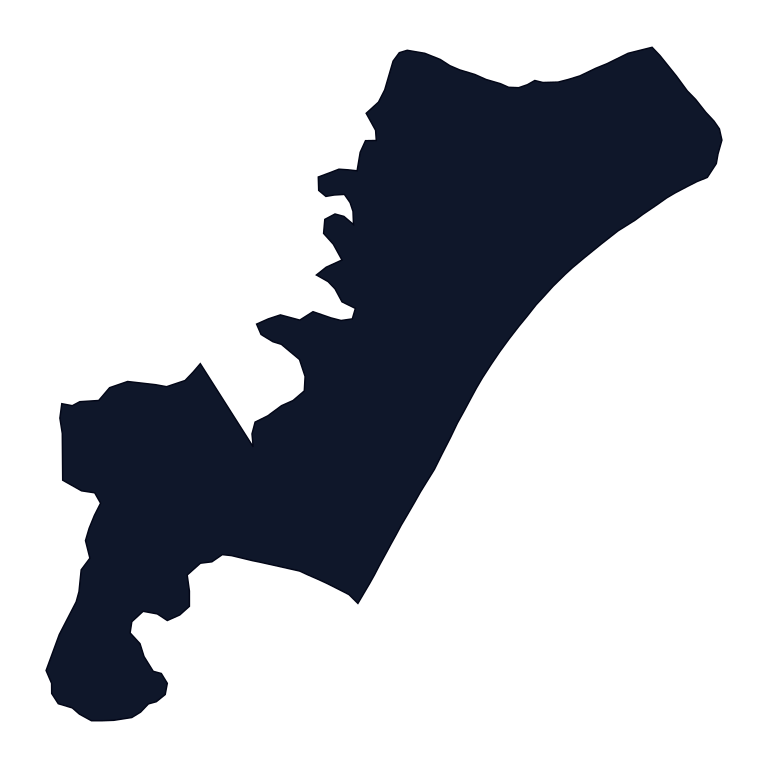 outline of Pontal do Paraná, Paraná, Brazil
{"feature_id": "56859067B46066648065560", "entity_name": "Pontal do Paraná", "entity_type": "district", "adm_level": 2, "iso_a3": "BRA", "parent_name": "Brazil", "parent_adm1": "Paraná", "projection": "robinson", "projection_center": [-48.483, -25.647], "detail": "fine", "context": "isolated", "style": "filled", "palette": "ink", "viewbox_px": 768, "rotation_deg": 0, "n_neighbors": 0, "source": "geoboundaries", "source_scale": "gbopen_adm2", "svg_char_len": 2361}
<svg xmlns="http://www.w3.org/2000/svg" viewBox="0 0 768 768"><path d="M357.9,603.4L369.8,583.2L374.6,574.6L379.9,564.4L385.6,554.0L390.9,544.2L396.2,534.6L401.2,525.2L406.3,516.6L415.0,501.6L420.4,492.0L426.2,482.6L434.4,469.4L442.0,454.1L450.4,437.7L457.4,423.1L463.6,411.9L471.0,398.1L476.3,388.3L482.4,377.9L491.2,364.3L499.6,351.9L509.4,338.5L519.0,326.1L526.9,316.5L536.1,304.8L543.7,296.6L552.9,286.4L565.1,274.4L572.3,267.8L584.5,257.6L601.0,244.2L618.1,230.8L635.3,220.0L642.8,214.4L657.8,204.2L666.5,198.0L675.3,192.8L687.1,186.6L696.9,181.6L707.3,177.4L716.3,163.6L718.0,153.9L721.9,140.1L719.4,128.9L714.0,121.1L705.8,112.3L695.7,99.5L687.3,90.9L676.3,75.9L659.9,55.5L652.1,47.3L628.1,53.3L607.0,63.7L595.7,68.3L579.9,75.9L568.2,79.5L558.1,82.1L542.9,82.5L534.8,80.5L527.4,84.7L518.7,87.7L508.6,87.3L500.5,83.7L486.1,79.5L474.9,74.5L459.7,69.9L449.9,65.7L440.3,59.5L424.8,53.3L407.2,50.3L399.3,52.7L393.1,61.1L384.7,89.9L378.5,102.1L366.2,113.3L375.6,130.3L376.3,140.5L365.5,140.7L360.2,152.3L357.1,170.8L347.8,169.8L338.9,169.2L330.7,172.4L318.3,177.0L318.7,190.4L325.9,196.4L334.1,195.0L344.4,194.4L350.1,202.6L353.0,211.4L353.5,224.6L343.9,216.4L335.0,214.0L324.8,219.4L323.6,233.4L333.3,244.2L342.0,260.0L326.2,267.2L316.4,275.0L328.1,281.6L335.0,288.8L342.0,301.8L355.4,308.4L352.3,318.9L341.1,320.5L331.0,317.9L313.0,311.7L299.8,320.1L280.4,314.9L268.3,318.9L256.6,324.1L261.1,334.5L272.9,341.7L281.3,344.3L299.5,359.5L305.1,376.5L304.3,390.9L293.1,400.5L281.5,405.7L267.7,415.9L255.1,422.1L252.0,433.9L253.2,446.9L200.3,363.7L193.3,371.9L185.1,380.5L166.6,386.7L155.6,384.7L127.6,381.5L109.6,387.7L98.7,400.5L79.8,401.7L72.3,405.7L61.8,403.7L59.9,418.1L62.3,433.5L62.7,480.2L81.5,490.8L94.7,492.8L100.6,503.2L94.4,515.4L89.1,528.4L85.5,540.6L89.9,558.2L81.2,569.8L79.0,591.6L76.2,601.8L59.3,634.5L46.1,670.5L51.6,683.3L51.7,693.5L58.3,703.7L72.3,707.9L79.4,714.1L91.4,720.7L102.3,720.7L113.8,720.3L131.8,717.5L140.6,712.1L148.4,703.9L156.3,701.7L165.2,694.5L167.3,683.3L161.3,673.5L153.2,671.3L144.0,656.5L140.0,643.7L130.1,632.9L131.8,621.7L143.1,611.3L157.3,613.9L167.3,620.5L179.8,614.9L189.4,606.3L189.4,591.0L187.2,575.0L200.4,563.2L211.9,561.8L222.3,554.6L231.6,555.6L252.3,560.6L260.2,562.2L299.5,571.0L308.2,575.0L316.5,578.6L325.7,582.8L338.1,589.0L349.0,594.6L357.9,603.4Z" fill="#0f172a" stroke="#020617" stroke-width="1.5"/></svg>